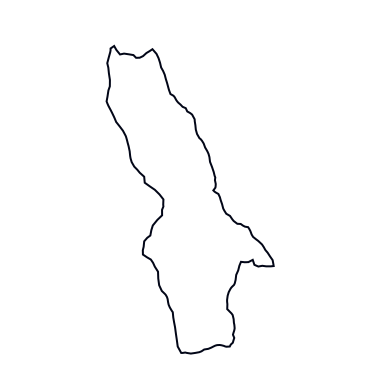 outline of Bomachoge Chache, Nyanza, Kenya, rotated 348°
{"feature_id": "3690345B65258571851787", "entity_name": "Bomachoge Chache", "entity_type": "district", "adm_level": 2, "iso_a3": "KEN", "parent_name": "Kenya", "parent_adm1": "Nyanza", "projection": "natural_earth1", "projection_center": [34.714, -0.804], "detail": "fine", "context": "isolated", "style": "outline", "palette": "ink", "viewbox_px": 384, "rotation_deg": 348, "n_neighbors": 0, "source": "geoboundaries", "source_scale": "gbopen_adm2", "svg_char_len": 2904}
<svg xmlns="http://www.w3.org/2000/svg" viewBox="0 0 384 384"><g transform="rotate(348 192 192)"><path d="M183.0,44.1L179.8,45.4L176.3,46.6L172.4,48.9L168.7,49.8L165.2,49.1L163.2,45.9L158.9,44.2L154.3,42.5L150.2,42.5L147.6,37.4L146.2,33.0L142.2,34.7L141.7,36.8L141.1,38.2L138.6,43.0L135.9,48.4L136.0,53.0L135.4,58.6L135.0,65.4L133.6,71.6L131.4,75.2L129.1,81.3L127.3,85.6L127.6,87.6L128.1,90.1L129.0,93.3L129.5,95.0L130.3,98.0L131.1,101.3L131.5,103.0L132.4,107.8L134.7,112.4L137.2,117.7L138.8,123.3L139.0,124.7L139.2,127.8L139.3,130.6L139.5,133.9L139.5,139.2L139.0,143.9L138.9,146.3L139.2,150.2L140.8,155.2L143.1,158.8L144.9,162.3L148.4,167.1L147.7,173.1L151.9,177.7L156.1,182.1L159.7,187.6L162.5,193.3L161.2,198.5L161.0,200.3L159.0,203.2L157.9,208.6L152.3,212.1L146.7,216.6L144.3,220.9L142.2,225.9L138.7,227.5L135.0,230.3L133.3,235.6L131.8,238.7L131.0,243.0L134.6,246.7L137.7,249.5L139.2,253.2L140.1,257.3L142.2,262.9L141.0,269.7L140.5,276.4L141.9,282.5L144.2,285.9L144.9,287.1L145.7,289.6L145.9,291.7L145.7,294.8L145.7,297.4L146.3,300.3L147.5,303.9L148.2,305.6L147.6,310.8L147.4,315.6L147.3,320.8L146.8,327.2L146.4,333.5L145.9,340.2L148.0,347.2L149.7,347.5L152.0,347.6L153.4,348.3L157.3,349.8L161.9,350.1L165.8,350.2L168.2,349.8L171.2,348.6L175.4,348.8L178.6,348.2L180.8,347.6L182.9,347.1L184.7,347.0L187.3,347.4L189.1,348.1L191.1,349.1L192.4,350.0L193.5,350.5L196.8,351.0L198.2,349.3L200.6,347.9L201.6,346.0L203.0,343.5L202.4,340.1L203.4,338.2L204.7,335.9L205.4,334.1L205.8,330.7L205.8,328.7L206.3,325.0L206.2,320.8L205.4,319.0L203.9,316.7L203.1,315.4L202.1,313.9L203.3,309.0L203.5,306.8L203.9,304.8L205.3,300.9L207.1,297.6L209.6,294.6L210.7,293.6L211.7,292.9L213.8,291.6L214.8,290.3L216.4,287.0L218.0,282.3L220.9,278.3L223.0,274.0L225.4,270.5L229.1,271.7L232.6,272.3L237.3,271.0L237.9,276.2L239.7,277.5L241.4,278.7L245.4,278.8L249.3,280.2L253.7,281.1L256.5,281.4L256.6,279.5L256.7,275.4L255.0,271.4L253.4,267.2L251.7,264.0L251.3,262.7L250.8,261.0L249.6,257.9L247.3,254.6L246.5,253.5L245.0,251.8L242.4,248.6L241.5,246.0L241.0,242.5L240.4,240.3L239.6,238.1L236.6,236.9L234.9,235.5L233.0,233.4L229.7,232.5L226.7,229.0L225.7,227.0L224.2,223.3L221.0,220.4L219.8,217.1L219.1,214.7L218.9,210.2L218.4,206.2L218.3,204.8L218.2,202.9L217.4,199.4L215.1,197.4L214.1,196.3L213.2,194.9L215.8,192.6L216.3,191.3L216.9,189.1L216.9,186.6L216.9,185.2L217.8,182.6L217.5,180.9L217.4,177.0L216.8,171.8L215.9,166.3L216.3,161.5L216.1,158.2L215.6,155.9L215.2,154.5L214.1,151.2L213.5,147.0L212.4,143.9L211.4,142.0L210.5,141.0L209.0,136.3L208.7,131.8L209.2,127.3L209.4,123.5L209.7,121.4L208.2,116.3L206.7,114.5L204.1,112.2L203.3,108.7L200.5,106.7L199.0,104.2L197.1,101.7L196.3,100.2L195.7,98.8L194.8,95.7L193.9,94.0L191.3,91.7L190.7,87.4L190.6,86.0L190.5,84.1L190.3,80.5L190.1,78.2L189.9,76.1L189.7,71.6L188.9,67.6L187.7,63.8L187.6,58.9L187.1,54.1L186.0,49.5L183.0,44.1Z" fill="none" stroke="#020617" stroke-width="2"/></g></svg>